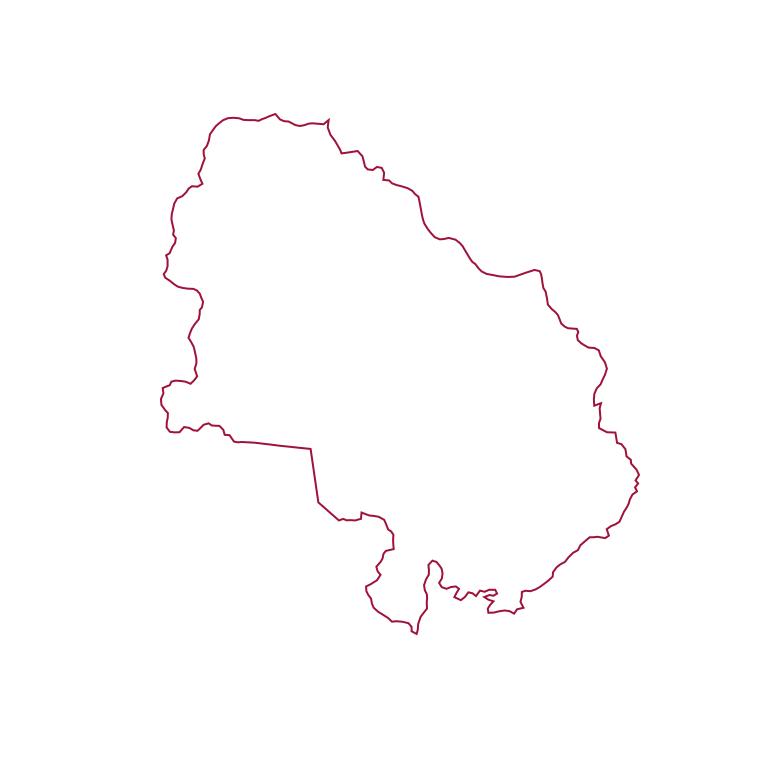 Abelardo Luz, Santa Catarina, Brazil (Albers equal-area conic projection), rotated 29°
{"feature_id": "56859067B19752032380289", "entity_name": "Abelardo Luz", "entity_type": "district", "adm_level": 2, "iso_a3": "BRA", "parent_name": "Brazil", "parent_adm1": "Santa Catarina", "projection": "albers", "projection_center": [-52.247, -26.575], "detail": "fine", "context": "isolated", "style": "outline", "palette": "rose", "viewbox_px": 768, "rotation_deg": 29, "n_neighbors": 0, "source": "geoboundaries", "source_scale": "gbopen_adm2", "svg_char_len": 4557}
<svg xmlns="http://www.w3.org/2000/svg" viewBox="0 0 768 768"><g transform="rotate(29 384 384)"><path d="M158.1,200.5L153.8,205.5L151.5,208.6L149.0,211.4L146.8,214.6L143.0,215.9L137.8,218.8L133.1,221.1L128.6,221.8L123.3,224.1L118.6,227.2L115.2,231.5L113.3,236.1L111.9,240.0L111.4,243.9L110.7,249.9L112.8,255.9L113.7,261.6L112.8,266.8L114.9,270.4L117.9,273.6L118.7,279.5L119.8,285.4L119.8,290.2L123.9,293.7L128.1,296.9L125.3,301.8L120.2,304.1L118.4,307.7L118.1,312.1L116.5,317.5L113.1,322.0L113.1,327.9L114.8,333.7L115.9,338.0L118.2,343.0L122.2,347.6L125.9,351.7L127.1,355.6L131.2,357.3L132.9,361.9L132.4,366.4L133.1,373.5L131.1,377.1L134.5,380.3L137.6,385.9L138.6,390.5L138.1,394.7L141.2,397.1L147.1,397.6L152.0,398.5L156.4,398.8L161.0,397.7L166.0,395.8L171.2,393.2L175.0,392.9L179.1,394.3L182.2,397.0L185.8,399.7L187.6,405.0L187.0,408.7L188.9,412.2L190.6,417.2L189.5,423.2L189.1,428.8L189.7,433.7L190.6,438.3L195.3,441.0L199.5,443.7L203.0,447.5L207.5,452.7L209.9,456.9L211.1,462.6L216.8,467.8L216.2,472.7L214.7,477.6L209.2,478.2L204.3,480.1L199.9,482.2L196.9,485.0L197.2,488.9L194.7,491.9L192.4,494.8L195.6,499.1L196.2,505.3L199.5,510.2L205.2,512.9L209.1,514.2L211.3,518.6L212.4,522.4L214.9,527.4L219.9,529.6L224.6,527.7L228.5,525.3L230.0,518.6L234.9,516.8L239.8,516.9L243.6,515.3L244.9,511.2L246.0,507.1L249.7,503.4L253.3,503.8L257.1,502.1L260.3,500.4L265.7,502.0L269.3,505.7L273.7,503.6L277.4,505.5L280.8,507.1L284.4,505.9L287.5,503.8L299.2,498.1L313.1,492.4L323.1,488.4L351.3,476.4L384.0,519.4L410.7,525.2L413.7,521.8L417.5,521.3L420.7,519.3L424.8,517.4L429.2,513.1L426.7,507.3L430.5,506.8L435.0,506.1L438.8,504.4L443.8,502.7L450.0,502.7L454.2,505.9L458.1,509.2L461.8,509.5L465.4,511.4L467.1,515.1L469.2,518.7L472.5,523.7L466.5,529.1L465.9,532.8L467.3,537.2L467.3,541.0L465.9,547.5L469.2,550.9L473.5,552.6L473.0,559.1L469.5,565.4L466.5,569.8L469.0,573.7L472.5,576.1L476.7,578.0L479.9,581.9L483.3,584.6L489.5,586.1L495.1,586.3L501.1,586.7L506.2,588.0L510.0,585.4L515.1,583.1L521.4,581.3L525.9,583.1L528.0,586.9L533.7,586.8L532.7,582.6L530.2,577.2L528.9,569.7L529.7,564.4L530.5,559.6L527.3,554.4L525.6,550.5L523.3,547.0L519.8,544.7L516.6,540.6L515.5,534.8L515.6,528.9L513.6,525.1L510.6,520.8L512.0,515.0L516.2,514.2L519.9,515.6L523.8,517.5L527.0,521.2L528.9,526.1L528.6,531.2L533.0,533.7L538.0,532.8L541.0,529.1L545.0,526.2L548.9,526.8L548.7,531.7L548.9,536.3L556.0,535.8L558.0,531.2L558.8,525.3L562.9,524.1L567.3,524.9L568.1,518.2L572.8,516.9L575.8,512.9L581.1,510.1L584.5,512.5L582.4,516.1L578.6,517.4L575.0,521.7L579.9,522.0L585.1,521.0L583.9,525.8L583.7,530.2L586.2,533.5L591.0,530.6L595.3,526.6L599.5,523.5L604.0,521.8L609.1,521.8L609.6,516.5L614.5,512.1L609.0,508.4L607.7,503.5L605.4,499.0L608.0,496.2L612.4,494.3L616.0,490.4L618.8,485.8L621.0,481.0L623.2,475.9L624.9,470.7L623.1,466.7L623.8,460.8L625.5,456.6L628.5,451.9L629.4,446.1L631.2,440.0L634.2,435.2L633.9,429.9L636.3,423.3L638.2,418.3L641.4,416.6L644.8,414.1L648.6,412.8L652.1,411.6L654.2,407.6L649.2,403.0L651.4,398.3L654.4,394.6L656.7,390.3L656.2,384.2L655.8,379.2L656.2,374.1L656.0,370.0L655.0,365.9L654.9,360.2L657.3,355.2L653.7,352.7L654.5,347.8L650.8,346.4L651.1,339.9L646.4,336.5L638.7,333.8L636.7,330.7L631.2,329.7L626.8,324.0L620.8,321.5L616.4,322.5L609.9,314.3L602.4,318.1L593.4,318.3L591.0,314.0L590.2,309.4L584.4,300.7L583.1,295.6L578.4,301.0L575.2,296.0L572.7,290.5L572.2,284.6L573.6,279.3L573.1,274.7L572.8,268.8L571.5,262.5L566.7,257.9L560.2,254.7L555.5,250.4L550.5,250.5L545.3,253.0L541.3,253.0L537.0,252.8L532.3,251.7L529.3,248.2L528.8,244.4L525.9,242.3L521.9,244.2L517.9,246.0L514.2,246.2L509.7,245.2L505.7,241.8L502.5,239.3L498.9,238.0L494.6,237.2L488.8,235.1L485.0,230.0L480.5,224.8L476.9,222.8L474.0,219.3L470.5,214.6L468.2,211.8L465.4,209.8L460.3,211.3L453.8,218.2L449.7,222.9L446.0,227.0L439.9,230.6L435.8,232.5L432.5,234.0L427.1,235.7L420.3,238.0L414.9,238.2L410.6,237.0L405.7,234.8L402.1,234.4L398.3,232.6L393.9,230.0L389.5,227.5L385.9,225.3L381.7,223.9L376.5,223.1L369.9,224.8L365.9,228.3L362.7,230.4L357.1,231.0L351.2,229.0L346.7,227.0L341.8,224.3L338.9,221.8L335.6,218.2L331.1,212.7L326.8,207.5L323.3,203.5L319.3,202.9L315.0,201.3L309.4,201.3L303.0,202.7L298.5,203.9L293.8,204.6L289.8,203.5L284.5,205.8L281.7,199.2L277.2,196.1L272.6,197.6L270.4,202.3L265.7,204.2L262.1,203.1L254.8,195.3L248.0,193.0L239.5,199.6L235.0,202.9L232.1,200.4L223.4,195.2L216.3,192.0L210.4,186.9L207.6,180.0L205.2,186.1L195.4,190.5L192.0,192.7L188.8,196.3L185.2,199.2L180.9,200.5L173.3,200.7L169.1,202.6L164.7,203.0L158.1,200.5Z" fill="none" stroke="#9f1239" stroke-width="2"/></g></svg>